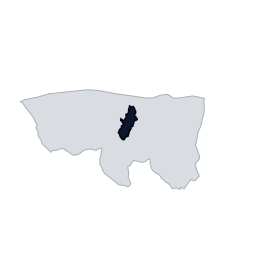 District #3, Grand Bassa, Liberia shown in context, rotated 146°
{"feature_id": "62588387B53220692513074", "entity_name": "District #3", "entity_type": "district", "adm_level": 2, "iso_a3": "LBR", "parent_name": "Liberia", "parent_adm1": "Grand Bassa", "projection": "orthographic", "projection_center": [-9.497, 6.317], "detail": "fine", "context": "in_parent", "style": "filled", "palette": "ink", "viewbox_px": 256, "rotation_deg": 146, "n_neighbors": 0, "source": "geoboundaries", "source_scale": "gbopen_adm2", "svg_char_len": 5996}
<svg xmlns="http://www.w3.org/2000/svg" viewBox="0 0 256 256"><g transform="rotate(146 128 128)"><path d="M48.0,109.8L50.1,108.1L53.1,102.5L57.4,97.1L61.4,93.9L64.5,90.6L67.8,88.1L72.6,85.1L79.8,77.4L81.6,76.5L82.7,71.1L84.6,64.3L86.7,62.2L91.6,60.9L92.8,59.7L94.5,54.9L95.6,49.3L95.7,48.1L97.7,48.0L101.0,46.8L102.9,47.3L103.8,48.9L104.2,50.3L114.3,46.8L115.2,46.1L115.7,46.2L117.0,49.4L117.7,49.2L118.3,48.3L119.0,48.2L119.8,48.6L120.5,50.1L121.8,51.4L124.0,52.3L125.4,53.6L125.2,57.0L125.8,60.2L126.7,61.0L127.2,62.9L127.5,65.1L128.0,66.2L128.4,68.4L128.2,70.7L128.6,72.4L130.2,75.2L131.2,78.7L131.2,81.3L130.6,83.9L129.5,86.3L127.7,89.0L127.5,90.0L128.6,90.7L130.3,90.8L131.7,90.3L135.3,91.5L137.2,93.2L138.8,95.4L140.3,96.5L141.0,97.8L143.5,97.5L146.4,96.2L147.0,95.5L147.9,95.9L149.8,96.0L151.1,93.6L152.2,90.9L154.5,88.0L155.6,86.9L155.9,85.0L156.0,82.6L156.8,80.5L158.7,79.3L160.8,79.3L161.9,79.8L162.4,81.8L164.1,83.3L165.5,84.4L166.2,84.8L167.4,86.0L168.5,90.1L172.9,103.4L172.7,107.0L171.8,109.4L171.8,111.7L171.5,114.0L168.8,117.8L161.0,125.6L161.6,126.2L163.5,127.1L165.4,127.6L167.0,127.3L168.9,129.3L171.1,131.7L173.3,132.9L176.6,134.0L179.4,134.1L181.8,133.7L185.2,134.2L188.8,136.2L190.1,139.5L191.0,142.4L192.3,143.9L192.5,146.4L195.1,148.5L198.7,149.0L203.5,151.5L204.7,151.4L205.2,151.1L205.8,151.5L207.0,159.0L208.0,162.9L207.5,164.5L206.9,165.8L206.8,171.8L204.7,175.2L204.4,179.0L203.7,180.3L201.4,181.4L201.4,184.3L200.8,187.8L200.6,191.5L201.3,201.3L201.4,208.6L202.5,209.9L198.0,209.3L184.7,203.8L174.6,200.7L140.5,182.5L131.0,175.2L120.1,164.3L95.8,142.4L90.3,138.9L83.4,137.2L79.1,135.3L76.0,133.3L73.6,127.2L67.5,123.6L56.4,118.4L48.0,109.8Z" fill="#d9dde1" stroke="#a8b0b8" stroke-width="1"/><path d="M132.5,121.2L132.6,121.3L132.5,121.6L132.5,121.8L132.3,121.8L132.2,121.9L131.9,121.9L131.9,122.0L131.7,122.2L131.4,122.3L131.2,122.4L131.1,122.5L131.1,122.8L130.7,123.4L130.5,123.6L130.3,123.7L130.1,123.8L130.0,123.7L129.9,123.4L129.4,123.9L129.0,124.2L129.0,124.4L128.9,124.5L128.8,124.8L128.7,125.0L128.4,125.2L128.2,125.1L127.9,125.0L128.0,125.4L128.0,125.5L127.9,125.6L127.7,125.5L127.6,125.4L127.4,125.4L127.3,125.5L127.3,125.8L127.1,125.9L126.9,125.7L126.8,125.9L126.8,126.1L126.7,126.2L126.4,126.0L126.3,125.9L126.2,125.9L125.9,125.8L125.9,126.0L126.0,126.1L126.0,126.3L126.0,126.5L125.9,126.6L125.6,126.5L125.4,126.8L125.2,126.9L125.2,127.2L124.8,127.1L124.6,127.1L124.4,127.2L124.1,127.0L123.9,127.0L123.6,126.8L123.4,126.7L122.8,126.9L122.8,127.0L122.9,127.4L122.8,127.5L122.5,127.6L122.2,127.6L122.0,127.8L121.7,128.1L121.4,128.4L121.1,128.4L120.9,128.6L120.5,128.8L120.4,128.9L120.4,129.2L120.3,129.3L119.9,129.5L119.7,129.7L119.5,129.9L119.4,129.9L119.0,130.1L118.7,130.3L118.2,130.2L117.9,130.1L117.2,129.8L116.9,129.9L116.6,129.9L116.3,129.9L116.0,129.8L115.8,129.9L115.7,130.0L115.4,130.1L115.4,130.3L115.2,130.7L115.4,130.8L115.6,130.8L115.8,130.7L115.9,130.9L116.0,131.0L116.1,131.3L116.1,131.5L115.7,132.0L115.4,132.3L115.2,132.9L115.1,133.1L115.3,133.3L115.5,133.3L115.6,133.5L115.7,133.8L115.9,134.1L116.1,134.3L116.0,134.5L115.9,134.6L115.7,134.6L115.3,134.9L115.2,135.1L115.2,135.3L115.0,135.5L114.9,135.7L114.8,135.8L114.7,136.0L114.3,136.0L114.0,135.7L113.9,135.7L113.6,135.8L113.5,136.0L113.4,136.2L113.3,136.7L113.2,136.8L113.0,136.6L112.9,136.7L112.9,136.8L112.9,137.0L112.7,137.1L112.5,137.3L112.3,137.5L112.2,137.7L112.3,138.0L112.3,138.3L112.4,138.5L112.5,138.7L112.4,138.9L112.2,139.1L112.4,139.4L112.5,139.6L112.2,139.9L112.1,140.1L111.9,140.2L111.7,140.3L111.7,140.7L111.7,141.2L111.7,141.7L111.7,141.9L111.6,142.6L111.8,142.7L111.8,142.8L112.1,142.7L112.5,142.7L112.8,142.8L112.9,143.0L113.0,143.4L113.3,143.6L113.8,144.2L114.1,144.4L114.1,144.8L114.2,145.4L114.3,145.5L114.9,144.9L115.1,144.7L115.3,144.4L115.6,144.2L115.8,144.0L116.1,143.9L116.3,143.7L116.5,143.4L117.4,142.8L117.4,142.7L117.5,142.5L117.7,142.1L117.9,141.9L118.0,141.9L118.2,141.7L118.3,141.2L118.6,141.0L118.7,140.8L119.0,140.6L119.3,140.5L119.9,140.2L120.1,140.0L120.4,139.8L120.6,139.6L120.9,139.5L121.3,139.4L121.5,139.3L121.6,139.5L121.4,139.9L121.4,140.0L121.5,140.2L121.6,140.4L121.8,140.4L121.9,140.5L122.0,140.5L122.0,140.4L122.1,140.2L122.3,139.9L122.4,139.7L122.5,139.6L122.5,139.4L122.7,139.2L122.9,139.0L123.0,138.8L123.2,138.6L123.2,138.4L123.4,138.3L123.8,137.6L124.0,137.6L124.4,137.5L124.5,137.6L125.1,137.3L125.3,137.2L125.6,137.0L125.8,137.0L126.0,136.9L126.2,136.6L126.5,136.2L127.0,136.5L127.4,136.8L127.6,137.0L128.0,137.9L128.3,138.4L128.4,139.1L128.5,139.2L128.8,139.2L129.0,139.2L129.0,139.3L129.1,139.2L129.4,139.1L129.5,139.0L129.5,138.7L129.8,138.3L129.7,138.2L129.6,137.9L129.6,137.7L129.5,137.4L129.4,137.2L129.4,136.9L129.4,136.5L129.4,136.4L129.3,136.2L129.5,136.0L129.5,135.8L129.4,135.6L129.5,135.3L129.4,135.2L129.5,135.1L129.4,135.0L129.5,134.9L129.4,134.8L129.5,134.6L129.6,134.4L129.7,134.2L129.7,133.7L129.7,133.4L129.8,133.2L130.0,132.7L130.4,132.6L130.5,132.7L130.8,133.0L131.0,133.1L131.2,133.3L131.3,133.3L131.6,133.4L131.8,133.3L132.1,133.4L132.3,133.4L132.5,132.9L132.7,132.7L132.6,132.3L132.6,132.1L132.7,131.8L132.7,131.7L132.8,131.6L133.0,131.7L133.6,131.7L133.8,131.7L134.0,131.7L133.9,131.8L134.0,131.8L134.5,131.8L134.8,131.7L135.2,131.4L135.5,131.3L136.0,131.3L136.1,131.2L136.4,131.2L136.6,131.0L137.0,130.6L137.2,130.4L137.5,130.3L137.8,130.1L138.0,129.9L138.7,129.4L138.6,129.2L138.5,128.8L138.5,128.2L138.5,127.7L138.5,127.3L138.7,126.8L139.0,126.4L139.1,125.6L139.3,125.2L139.4,124.8L139.1,123.1L139.2,122.0L138.6,121.0L138.4,120.9L138.2,120.8L138.2,121.0L137.9,121.2L137.6,120.9L137.6,120.7L137.4,120.6L137.2,120.8L137.3,121.0L137.1,121.2L136.9,121.1L136.7,121.3L136.4,121.2L136.1,121.2L135.9,121.3L135.9,121.5L135.8,121.4L135.6,121.5L135.4,121.7L135.0,121.6L134.9,121.7L134.8,121.8L134.7,121.9L134.1,122.0L133.7,122.1L133.5,122.3L133.2,122.3L133.1,122.2L133.4,121.8L133.4,121.6L133.2,121.6L133.0,121.4L132.8,121.1L132.6,121.1L132.5,121.2Z" fill="#0f172a" stroke="#020617" stroke-width="1.5"/></g></svg>